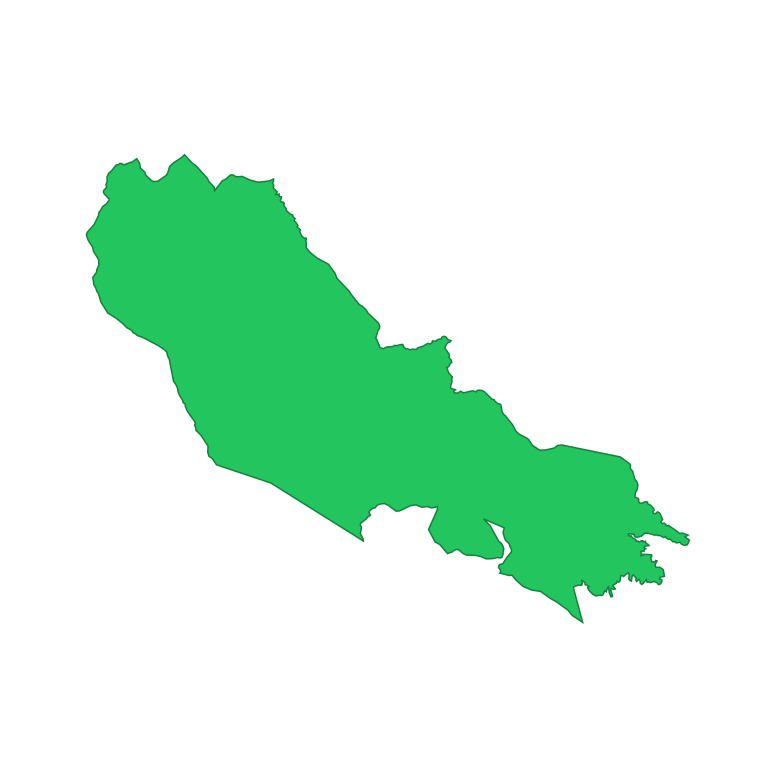 outline of Campo Verde, Mato Grosso, Brazil, rotated 255°
{"feature_id": "56859067B82870953347176", "entity_name": "Campo Verde", "entity_type": "district", "adm_level": 2, "iso_a3": "BRA", "parent_name": "Brazil", "parent_adm1": "Mato Grosso", "projection": "mercator", "projection_center": [-55.112, -15.474], "detail": "fine", "context": "isolated", "style": "filled", "palette": "green", "viewbox_px": 768, "rotation_deg": 255, "n_neighbors": 0, "source": "geoboundaries", "source_scale": "gbopen_adm2", "svg_char_len": 6171}
<svg xmlns="http://www.w3.org/2000/svg" viewBox="0 0 768 768"><g transform="rotate(255 384 384)"><path d="M535.9,344.1L540.8,345.6L542.3,345.2L543.6,346.5L545.3,346.4L545.1,345.0L548.0,342.9L552.8,342.0L554.7,343.1L558.0,340.7L559.2,341.9L563.1,340.7L564.8,339.4L566.7,340.9L568.7,339.8L570.9,339.5L571.7,338.1L576.3,334.8L579.0,334.8L582.5,333.3L584.2,334.5L585.8,333.7L586.3,332.0L588.4,331.3L589.9,332.9L591.3,333.4L592.3,331.4L594.7,331.8L594.6,329.8L595.1,328.3L597.2,330.7L601.9,327.7L603.7,328.7L605.4,328.9L606.9,328.3L608.6,329.8L610.6,330.4L609.8,326.1L611.4,314.8L615.8,307.2L621.2,300.8L622.3,295.0L625.1,292.1L625.7,289.8L622.8,284.2L622.2,280.5L614.6,270.5L618.1,270.9L624.8,267.3L628.4,266.6L643.3,259.0L647.0,255.9L657.1,250.6L655.3,247.6L652.1,238.0L650.2,234.2L649.0,232.8L644.4,230.1L642.0,227.9L638.4,217.9L639.1,214.0L640.3,212.4L645.1,209.2L647.7,207.9L650.4,207.9L655.7,204.5L660.3,205.1L665.6,203.5L663.5,197.8L663.7,196.0L663.0,190.2L663.6,188.5L664.9,187.6L665.4,185.8L664.6,184.2L664.9,182.1L660.5,176.1L658.8,172.6L655.7,170.0L651.9,169.3L648.4,167.0L645.9,167.2L643.5,163.4L642.0,162.6L640.0,163.0L633.7,166.4L632.5,165.7L629.8,162.5L628.3,158.3L624.6,154.7L623.9,153.3L620.6,151.8L613.2,145.4L607.4,136.8L605.8,135.4L603.8,135.1L599.1,135.5L592.0,137.9L587.1,137.8L578.2,140.5L572.7,139.4L568.6,136.1L566.9,135.5L565.5,134.4L562.5,130.4L554.8,129.4L551.6,130.4L548.0,130.6L544.9,131.6L536.6,131.7L523.9,135.6L517.5,141.7L510.3,147.1L505.1,150.0L502.0,153.3L500.4,154.4L498.5,154.8L496.8,156.9L494.7,158.2L491.5,163.0L479.8,175.6L474.7,180.2L471.4,182.3L466.8,182.3L463.4,183.0L441.1,181.4L437.0,182.9L432.8,183.5L430.8,183.1L426.2,183.5L420.5,185.2L418.2,185.1L415.7,186.9L414.0,186.2L408.3,187.1L396.7,191.4L394.8,191.6L393.2,190.4L391.4,190.8L387.8,190.4L382.2,193.8L369.5,198.0L363.8,196.1L359.3,196.2L356.8,198.7L349.3,201.3L317.6,249.1L237.7,323.4L239.8,323.7L245.7,322.5L249.6,324.4L252.0,325.2L254.0,324.5L255.5,325.5L258.5,332.3L259.9,333.9L260.0,335.3L261.0,337.1L262.9,336.3L264.6,336.6L265.7,338.2L266.8,341.0L266.7,343.4L268.6,346.0L269.1,348.6L268.4,353.6L265.7,356.7L258.0,362.8L257.4,366.2L259.6,378.1L259.1,383.3L255.2,388.6L254.4,394.1L252.2,397.4L251.8,398.8L251.7,403.8L249.0,403.1L231.9,389.4L218.4,392.4L214.3,396.5L203.8,401.4L204.1,406.3L205.1,408.5L205.5,411.2L204.3,413.4L199.9,416.4L197.4,419.4L194.5,428.8L192.0,433.2L188.6,437.5L187.2,443.6L187.1,448.6L185.9,451.2L185.9,452.9L189.2,455.2L190.6,455.4L193.7,457.0L195.3,457.1L199.6,456.2L202.5,454.1L219.9,449.8L228.0,445.2L213.9,463.0L210.0,460.6L204.9,460.5L201.5,461.0L197.5,463.4L190.5,464.2L188.9,463.6L184.3,457.3L179.7,452.3L179.6,448.8L178.5,447.7L176.9,447.1L174.6,448.2L172.5,448.1L171.3,447.0L166.6,455.4L166.2,458.2L160.2,460.9L152.5,465.9L146.6,473.5L143.2,481.5L133.7,489.3L129.4,493.8L119.8,501.6L118.0,503.1L111.7,505.9L102.4,514.2L137.8,514.2L139.1,515.1L139.4,519.8L138.4,522.7L140.0,524.0L141.8,523.8L143.1,524.5L140.0,526.7L138.0,526.3L137.2,528.1L135.2,529.6L135.0,528.0L132.0,528.3L126.7,531.3L124.3,534.1L124.3,537.9L123.4,539.0L123.6,540.8L127.2,543.8L125.8,545.0L129.0,546.9L130.0,548.3L123.7,547.5L119.6,548.2L119.7,549.8L126.7,549.8L127.8,550.6L126.0,552.9L126.2,554.4L130.3,552.7L131.4,556.9L133.1,557.8L131.7,559.5L132.7,561.0L137.6,563.2L137.3,564.6L136.0,565.6L137.9,569.3L138.1,571.2L136.0,571.5L132.4,569.9L130.6,570.7L129.6,572.0L134.0,573.8L135.0,575.4L131.2,577.4L129.5,576.4L127.8,577.0L128.7,578.3L129.1,579.8L126.9,580.3L125.3,579.9L123.7,581.0L124.3,582.8L127.0,586.7L124.4,586.9L124.3,588.4L123.3,589.7L123.3,593.9L121.3,596.4L119.3,597.0L119.2,599.2L121.5,601.5L123.1,601.5L124.3,599.8L125.8,600.8L125.7,605.1L132.4,605.7L135.5,603.2L136.5,599.3L138.3,598.9L140.0,599.6L142.4,602.0L143.2,600.8L142.0,599.6L143.0,596.6L147.2,596.7L148.3,598.1L149.7,598.2L152.2,591.4L151.4,589.5L151.6,587.8L153.2,589.2L154.6,588.5L155.9,588.9L155.3,592.1L156.7,592.6L157.1,594.3L158.8,592.8L159.8,593.9L159.3,598.1L160.9,597.5L162.2,595.9L164.4,595.8L164.2,593.7L165.6,593.4L165.9,591.9L165.4,589.5L166.5,588.7L166.8,587.0L168.5,586.9L171.3,584.2L173.4,583.3L173.8,581.3L175.7,581.0L175.7,582.9L174.5,584.9L174.2,586.9L172.7,586.4L171.2,587.1L170.4,589.1L170.4,593.1L172.4,597.2L171.1,601.1L167.8,606.5L168.0,607.9L166.8,609.1L166.3,611.2L163.3,614.4L163.8,616.3L162.0,616.9L160.3,618.6L160.0,620.4L156.7,622.2L156.4,624.1L154.9,625.1L154.4,628.9L152.5,629.8L150.5,632.1L150.2,635.4L154.2,638.6L158.4,635.0L159.3,638.6L162.8,633.6L163.2,630.4L164.5,630.0L173.7,622.3L173.8,620.4L176.8,619.0L177.4,616.6L179.1,615.7L181.0,618.0L187.3,617.1L188.7,616.4L189.7,614.9L188.7,613.6L188.7,611.9L189.7,610.7L191.3,610.8L192.1,612.3L194.0,612.2L197.8,610.2L200.0,607.8L201.8,607.9L202.8,605.8L202.1,603.5L202.5,600.5L204.0,599.4L205.9,600.1L207.5,600.0L209.9,597.1L213.9,598.7L216.8,601.4L220.9,603.2L223.8,602.9L227.6,601.6L235.3,601.6L238.8,600.0L241.8,601.1L243.1,600.8L252.3,593.5L279.1,539.9L279.6,536.1L279.4,534.7L278.2,532.9L278.1,530.9L278.5,522.6L279.6,518.0L280.6,516.5L286.4,511.4L292.8,509.4L294.5,508.2L300.8,501.3L304.9,499.0L311.5,497.6L322.5,492.7L323.6,491.7L326.7,490.9L334.1,491.5L335.8,488.7L338.7,486.7L340.4,486.3L341.1,484.6L350.5,479.0L352.6,476.6L353.4,474.4L353.7,472.4L352.5,471.0L354.5,467.9L354.9,458.5L357.3,455.9L356.1,453.2L357.2,449.6L359.1,449.5L360.0,451.5L362.5,447.5L364.0,447.4L368.7,450.3L371.7,450.8L372.9,451.9L378.2,449.3L383.6,448.9L384.0,450.9L386.7,453.6L387.4,455.1L389.5,455.1L393.1,453.5L394.1,454.6L396.3,454.6L402.6,452.2L404.4,452.9L407.2,455.9L407.5,458.6L408.5,459.9L410.2,457.4L413.6,455.8L414.6,454.2L414.2,451.9L412.7,451.0L413.1,448.8L412.8,446.5L411.9,445.2L413.1,442.0L411.2,440.7L410.7,438.7L411.9,436.8L410.4,431.3L410.2,426.1L409.0,424.3L410.4,420.2L410.2,418.3L411.8,416.0L412.3,414.2L414.3,412.8L416.6,412.6L417.7,411.6L417.8,406.5L418.5,404.3L418.0,402.6L418.1,400.4L419.1,396.2L418.2,392.4L420.2,389.6L429.0,388.5L430.4,387.8L437.4,392.2L438.6,393.9L440.8,394.8L444.4,394.4L456.5,387.0L460.0,386.0L464.5,383.3L467.1,380.7L478.9,375.5L482.2,374.6L498.3,365.9L503.9,365.3L514.0,361.4L523.3,351.7L530.3,346.6L535.9,344.1Z" fill="#22c55e" stroke="#15803d" stroke-width="1.5"/></g></svg>